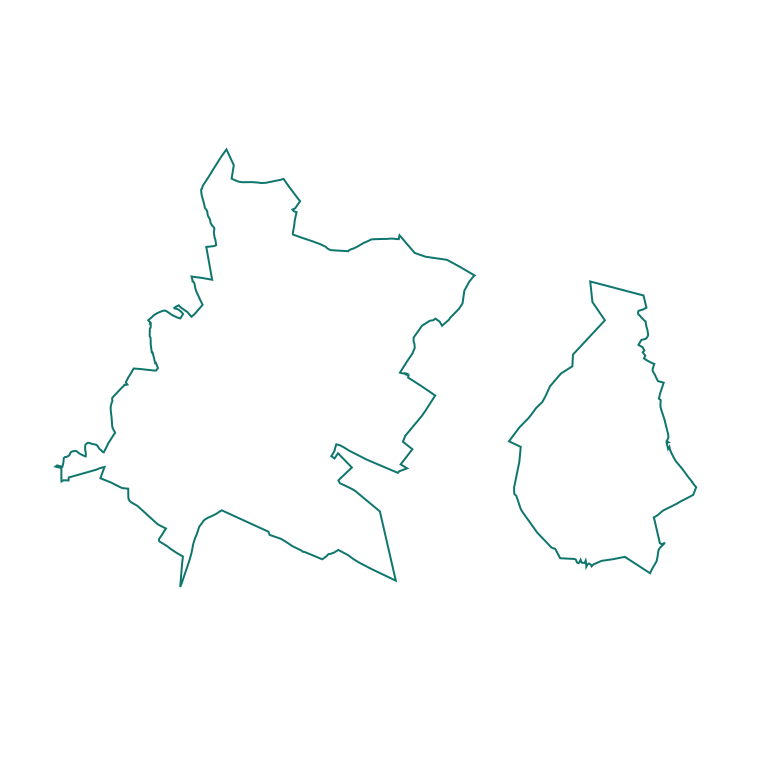 Tlalnepantla de Baz, México, Mexico, rotated 5°
{"feature_id": "50627088B83704156466481", "entity_name": "Tlalnepantla de Baz", "entity_type": "district", "adm_level": 2, "iso_a3": "MEX", "parent_name": "Mexico", "parent_adm1": "México", "projection": "natural_earth1", "projection_center": [-99.176, 19.546], "detail": "fine", "context": "isolated", "style": "outline", "palette": "teal", "viewbox_px": 768, "rotation_deg": 5, "n_neighbors": 0, "source": "geoboundaries", "source_scale": "gbopen_adm2", "svg_char_len": 6110}
<svg xmlns="http://www.w3.org/2000/svg" viewBox="0 0 768 768"><g transform="rotate(5 384 384)"><path d="M412.9,578.9L391.0,511.3L364.6,493.0L361.3,491.4L354.8,488.9L348.7,486.7L347.0,484.0L348.6,482.0L359.3,470.0L344.2,457.0L341.2,462.5L337.8,460.5L340.7,454.6L340.5,454.2L341.7,448.3L344.0,448.6L345.7,449.0L349.1,450.4L355.5,453.6L373.3,460.8L405.5,471.3L406.7,469.7L414.4,466.0L407.6,462.6L418.0,446.5L407.9,439.9L409.7,433.8L424.6,412.3L427.5,407.2L436.0,391.0L419.9,382.0L407.4,375.5L407.8,373.2L404.6,372.5L404.7,372.0L405.3,371.7L403.5,371.4L403.2,371.6L402.0,371.9L398.9,371.3L405.0,359.5L409.5,351.4L411.5,345.4L410.8,341.3L409.7,338.9L409.5,335.1L416.9,322.5L424.1,317.0L427.5,316.2L429.5,314.4L434.0,317.0L436.7,320.9L443.2,314.2L443.9,312.6L452.2,302.5L455.2,296.8L455.9,284.1L459.9,274.8L464.0,268.7L464.8,268.0L449.0,260.5L435.8,254.8L414.3,253.6L403.2,250.8L386.5,234.5L386.1,238.4L384.0,238.5L379.7,238.4L376.5,238.8L373.6,239.3L371.9,239.4L361.8,240.6L358.6,241.1L358.2,241.5L352.8,244.6L352.2,244.7L346.6,248.7L342.4,251.4L340.0,252.4L337.8,253.6L336.9,254.5L337.5,254.8L319.6,255.3L318.6,255.1L315.9,254.0L314.2,252.5L311.7,251.5L308.5,250.3L300.1,248.0L290.5,245.7L280.4,243.1L280.0,242.2L280.8,232.6L280.8,229.1L281.9,220.4L278.9,219.7L277.6,218.2L280.2,216.7L284.5,209.1L282.5,207.2L272.0,195.5L266.0,188.4L262.9,189.7L248.6,193.9L243.9,194.5L240.2,194.3L234.4,194.4L225.8,195.3L222.0,195.2L217.8,194.0L214.3,192.7L215.3,179.1L206.6,164.0L201.6,172.6L195.5,184.4L191.0,193.4L186.7,201.4L186.0,203.0L185.7,205.3L184.9,206.1L185.4,209.5L185.7,210.8L186.3,212.8L188.7,219.2L190.2,223.9L190.6,224.7L191.8,225.8L192.8,227.3L193.5,230.5L194.1,232.0L196.1,235.0L196.8,236.8L196.9,238.1L198.5,240.6L200.9,242.9L201.5,243.9L201.4,245.2L201.4,246.2L201.2,247.2L202.0,251.1L202.2,251.5L202.3,252.5L203.5,255.1L204.7,260.3L202.8,261.4L198.1,262.3L197.8,262.5L195.3,262.8L195.0,262.9L203.7,295.1L193.5,294.2L182.9,293.7L184.3,297.5L184.2,298.3L185.9,299.5L186.4,300.5L187.4,304.1L188.7,307.7L189.1,308.4L190.9,311.5L193.3,315.8L196.4,320.9L191.4,327.9L189.4,330.6L188.4,331.8L187.5,332.6L186.3,333.8L181.6,329.2L180.1,328.5L175.0,325.5L173.9,324.7L172.7,323.5L169.9,325.2L169.0,326.0L168.5,326.5L168.7,327.0L169.4,326.9L171.4,327.3L173.1,328.0L175.1,329.3L176.5,330.4L177.7,331.8L175.4,336.4L174.4,336.3L172.3,335.8L169.1,334.6L168.0,334.3L160.7,330.3L159.5,329.9L157.3,330.4L154.8,331.6L151.9,333.2L149.4,335.0L147.9,336.4L146.8,337.8L143.6,341.0L144.2,341.8L145.6,342.7L145.7,343.1L145.6,344.1L146.2,343.9L146.4,343.9L146.6,348.3L145.9,349.1L146.4,356.8L147.4,358.3L148.1,363.6L148.0,364.2L149.9,372.8L150.6,372.6L150.9,373.1L154.2,383.1L154.8,382.7L157.4,387.7L156.6,389.2L155.7,390.5L153.3,390.6L139.5,390.3L133.2,390.4L130.9,395.5L128.9,399.3L126.7,404.7L127.2,405.6L128.4,406.9L126.9,407.4L125.4,407.4L125.3,408.0L122.0,411.9L115.7,419.9L114.5,421.5L114.5,422.9L114.9,424.4L114.9,425.0L114.2,426.9L114.0,428.4L113.7,430.8L113.9,433.0L114.6,436.7L115.6,441.5L116.7,448.5L117.2,450.8L118.0,452.3L120.4,456.0L119.5,457.5L114.4,467.3L112.9,471.4L110.8,476.5L110.2,476.4L109.5,476.0L108.2,474.8L106.5,473.7L106.1,473.3L104.1,470.8L103.3,470.0L102.7,469.7L101.3,469.4L98.5,469.2L95.3,468.3L94.3,468.4L93.2,469.0L92.1,470.1L91.8,471.2L91.7,472.0L92.0,475.3L92.7,477.8L93.1,480.2L93.1,482.1L92.2,482.0L87.8,480.3L86.9,479.9L85.3,479.0L84.7,478.5L83.6,477.8L82.9,477.6L82.1,477.6L81.4,477.9L79.8,478.1L79.3,478.3L78.6,478.8L77.7,479.6L77.0,481.8L76.7,482.4L75.2,483.7L74.3,484.2L72.8,484.5L72.1,484.9L71.6,485.6L71.4,486.4L71.5,488.7L71.4,490.8L70.8,494.5L65.4,493.6L64.0,494.9L69.9,495.8L70.8,505.9L71.2,509.1L73.2,507.8L78.1,507.6L78.1,504.6L104.7,494.5L108.5,492.5L112.8,491.0L109.7,502.6L120.6,505.9L127.5,508.7L132.2,510.5L138.3,510.6L139.2,519.3L139.6,520.8L140.9,522.8L142.7,524.0L149.0,526.9L170.7,543.4L172.0,544.0L179.4,547.0L175.1,555.1L173.3,558.2L173.8,560.3L179.2,563.0L182.2,564.5L186.0,567.0L192.5,570.5L198.7,573.3L198.5,581.7L198.7,604.0L200.0,599.4L205.7,576.0L206.9,569.3L208.0,559.4L209.2,553.9L210.3,551.0L211.4,546.6L211.8,544.5L212.6,541.8L215.1,538.0L216.0,536.2L217.1,534.9L220.2,532.6L224.1,530.5L228.7,527.6L231.2,525.5L233.4,524.0L281.7,541.2L283.2,544.3L294.8,547.2L300.2,549.8L306.9,553.5L316.5,557.2L318.0,558.3L319.4,558.2L337.8,564.0L341.5,560.8L343.5,558.3L346.0,557.7L349.2,556.1L353.0,553.3L362.9,557.5L369.4,561.4L375.5,564.4L387.4,569.3L412.9,578.9ZM665.5,549.3L667.3,544.7L671.0,536.8L671.5,532.7L671.9,526.0L672.4,524.6L673.2,523.1L676.7,519.0L677.7,517.6L675.7,519.0L673.8,519.1L672.7,518.6L665.4,496.1L664.4,493.4L666.4,492.1L668.6,490.3L672.1,486.6L673.3,485.6L682.6,479.9L686.3,477.6L689.6,475.2L694.6,472.1L701.7,467.5L704.0,459.6L703.0,458.7L699.4,454.9L699.6,454.7L695.1,450.1L692.4,446.9L687.7,441.7L681.3,435.3L678.3,430.9L676.0,427.2L674.9,424.9L673.8,421.7L672.7,423.9L670.7,418.1L672.6,417.3L670.5,416.2L671.5,414.2L672.0,412.6L671.5,409.6L666.4,394.7L662.8,386.3L661.3,382.3L661.1,378.2L661.1,376.2L660.9,375.7L659.1,374.7L659.9,369.4L662.5,358.3L656.7,357.3L654.4,353.7L653.4,351.7L650.6,347.8L650.3,345.7L651.5,340.4L648.6,339.6L644.0,337.6L640.7,335.8L641.9,333.1L639.0,329.9L640.4,327.9L638.2,324.6L637.0,324.2L634.1,322.9L636.6,317.6L640.4,316.4L641.6,315.3L642.5,313.5L642.8,312.7L642.8,311.7L641.7,307.2L640.6,304.4L639.7,301.5L639.2,298.9L638.5,298.6L637.5,297.8L634.9,295.5L634.4,295.2L634.0,294.7L632.4,293.2L631.3,292.5L630.9,291.1L631.0,289.4L631.2,288.9L635.5,287.2L638.8,285.1L634.8,273.2L580.5,263.9L584.5,284.2L598.5,301.3L569.7,338.2L570.1,349.9L559.3,358.2L549.6,371.8L546.0,381.9L543.2,388.3L537.6,394.7L533.2,402.0L530.9,405.4L522.7,415.4L513.5,430.2L525.7,434.7L525.6,449.8L522.6,475.9L523.3,481.9L525.6,484.0L531.2,496.8L533.6,500.0L549.7,518.8L565.3,532.5L568.9,533.3L574.7,542.2L589.1,541.7L590.5,542.3L591.7,544.9L593.5,545.5L594.3,544.3L595.2,542.0L596.0,543.6L596.5,544.7L599.5,544.9L600.3,542.3L600.8,543.9L601.5,548.4L602.5,546.1L603.7,545.0L604.3,545.0L604.9,545.5L605.6,545.9L606.0,546.2L606.7,547.5L608.3,545.5L616.2,541.2L626.9,538.7L639.0,535.2L665.5,549.3Z" fill="none" stroke="#0f766e" stroke-width="2"/></g></svg>